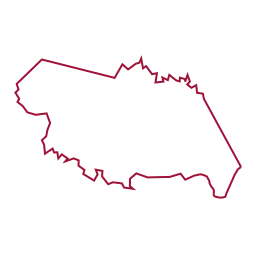 San Patricio, Texas, United States of America
{"feature_id": "52423323B23065911216534", "entity_name": "San Patricio", "entity_type": "district", "adm_level": 2, "iso_a3": "USA", "parent_name": "United States of America", "parent_adm1": "Texas", "projection": "equal_earth", "projection_center": [-97.499, 28.001], "detail": "fine", "context": "isolated", "style": "outline", "palette": "rose", "viewbox_px": 256, "rotation_deg": 0, "n_neighbors": 0, "source": "geoboundaries", "source_scale": "gbopen_adm2", "svg_char_len": 1213}
<svg xmlns="http://www.w3.org/2000/svg" viewBox="0 0 256 256"><path d="M47.4,130.0L46.2,136.3L41.9,140.2L44.1,144.7L45.0,153.7L52.6,148.6L54.1,152.5L57.3,152.3L58.3,158.4L61.8,154.4L67.6,158.5L65.3,161.4L73.7,158.4L78.7,160.4L78.5,165.7L84.4,169.9L83.3,174.0L94.1,180.6L97.6,174.4L95.8,169.7L102.4,170.9L102.1,176.5L108.2,184.2L113.0,182.3L121.9,183.4L124.0,187.5L133.0,188.8L129.9,186.2L130.0,178.8L136.3,173.4L147.6,177.4L169.8,176.9L180.6,173.7L185.2,179.7L194.0,175.7L200.2,174.3L203.3,174.9L206.9,176.5L209.2,180.8L209.7,183.6L211.6,187.0L213.4,189.1L214.0,191.2L213.7,193.3L213.7,194.7L214.3,196.1L215.6,196.7L218.9,197.5L222.6,197.5L225.4,196.7L226.2,193.9L234.7,174.7L237.8,169.4L240.4,167.4L240.6,166.2L203.9,98.8L202.9,93.7L197.1,92.8L196.2,85.2L191.4,87.8L187.2,84.4L189.9,81.6L187.5,74.9L185.2,81.7L185.1,79.1L179.9,77.7L179.7,81.4L176.2,80.4L169.3,74.9L167.8,80.1L162.4,77.5L163.4,81.6L155.5,82.5L156.9,73.2L152.1,74.2L146.1,66.1L143.0,68.3L141.2,58.5L139.4,62.7L135.7,63.8L128.1,69.4L122.4,64.3L114.6,77.9L114.4,77.8L41.9,59.5L16.7,83.9L18.5,89.6L15.4,92.6L19.2,98.8L17.5,101.9L22.8,106.1L27.3,112.3L35.7,114.8L46.6,113.4L50.1,123.0L47.4,130.0Z" fill="none" stroke="#9f1239" stroke-width="2"/></svg>